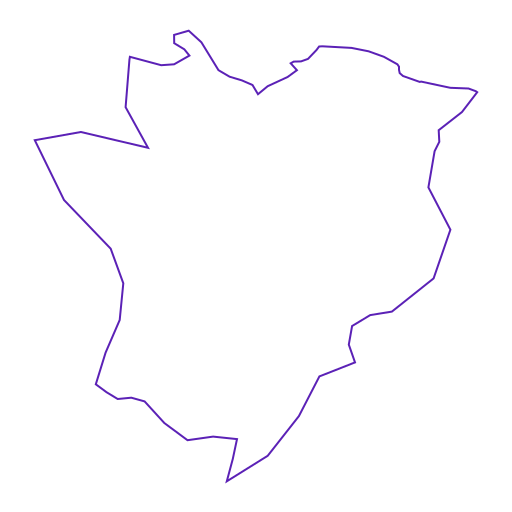 the Province of El Seybo
{"feature_id": "DOM-1986", "entity_name": "El Seybo", "entity_type": "Province", "adm_level": 1, "iso_a3": "DOM", "parent_name": "Dominican Republic", "parent_adm1": "", "projection": "mercator", "projection_center": [-69.039, 18.789], "detail": "fine", "context": "isolated", "style": "outline", "palette": "violet", "viewbox_px": 512, "rotation_deg": 0, "n_neighbors": 0, "source": "natural_earth", "source_scale": "10m", "svg_char_len": 994}
<svg xmlns="http://www.w3.org/2000/svg" viewBox="0 0 512 512"><path d="M129.9,56.8L161.2,65.2L174.1,64.3L189.4,55.6L184.3,49.3L174.2,43.2L174.1,34.9L188.7,30.7L201.4,42.3L218.5,70.2L229.6,76.7L241.9,80.4L252.5,85.0L258.0,94.2L267.7,86.2L287.6,77.0L296.9,70.2L290.7,63.3L293.7,61.6L301.0,61.4L308.0,58.9L316.5,50.0L319.1,46.5L322.3,46.3L351.5,47.9L368.6,51.3L383.9,56.8L397.4,64.3L399.0,66.7L399.0,69.8L399.7,73.1L403.0,76.0L419.7,81.9L421.2,81.6L450.3,87.8L468.5,88.5L475.8,91.2L477.2,92.2L462.0,112.0L438.7,130.2L439.3,141.8L434.6,151.2L428.4,187.4L450.4,229.7L433.6,278.4L391.9,311.6L370.2,315.1L352.1,326.0L348.8,344.6L355.0,362.4L319.4,376.4L298.9,416.1L267.7,455.8L226.8,481.3L232.8,458.9L237.0,439.1L213.1,436.6L187.5,440.2L164.4,423.1L144.6,401.4L131.3,397.7L117.7,399.0L106.5,392.2L95.8,384.3L105.6,352.6L119.7,320.0L123.3,283.3L110.7,248.7L64.0,200.0L34.8,140.2L80.8,132.0L148.0,147.8L125.6,107.2L129.4,60.1L129.4,59.9L129.9,56.8Z" fill="none" stroke="#5b21b6" stroke-width="2"/></svg>